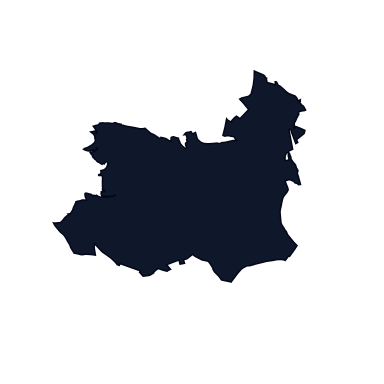 outline of Sincai, Mures, Romania, rotated 334°
{"feature_id": "2599482B3867982596225", "entity_name": "Sincai", "entity_type": "district", "adm_level": 2, "iso_a3": "ROU", "parent_name": "Romania", "parent_adm1": "Mures", "projection": "orthographic", "projection_center": [24.372, 46.658], "detail": "fine", "context": "isolated", "style": "filled", "palette": "ink", "viewbox_px": 384, "rotation_deg": 334, "n_neighbors": 0, "source": "geoboundaries", "source_scale": "gbopen_adm2", "svg_char_len": 6073}
<svg xmlns="http://www.w3.org/2000/svg" viewBox="0 0 384 384"><g transform="rotate(334 192 192)"><path d="M259.2,271.9L259.4,268.9L258.9,267.0L258.8,264.6L258.3,260.9L258.4,259.6L258.6,258.4L260.0,254.6L262.4,248.4L264.2,245.8L265.4,244.4L268.0,240.9L270.9,237.3L272.9,235.9L277.3,233.8L279.3,232.3L279.7,231.1L279.9,230.0L280.3,224.3L280.6,222.9L284.0,223.3L285.0,223.7L286.1,224.6L287.4,226.3L288.2,226.9L288.4,228.5L288.7,229.1L290.3,230.4L290.8,232.0L292.8,232.8L293.7,228.4L294.0,226.1L294.4,224.9L294.6,222.4L295.3,220.4L296.4,219.7L296.6,219.2L296.6,218.5L296.4,216.1L296.9,212.9L295.9,209.1L295.4,205.6L296.0,204.5L296.2,203.5L296.3,201.4L295.9,201.0L296.1,200.3L296.6,200.0L296.3,199.5L295.2,200.3L294.5,201.3L293.3,205.8L289.7,204.8L289.7,203.9L291.6,200.3L293.5,198.8L293.9,198.6L296.4,198.3L297.0,197.6L301.2,197.7L306.5,178.3L308.3,179.1L307.7,181.6L306.5,194.0L308.8,193.8L308.8,190.8L318.0,188.7L318.6,188.4L320.5,186.1L317.3,182.2L314.1,178.8L313.6,178.4L312.4,179.5L311.5,179.5L311.4,179.2L311.8,178.5L313.3,176.8L314.1,174.8L314.7,174.6L315.0,174.1L315.9,173.8L318.7,171.3L320.2,170.4L320.9,169.5L321.9,169.3L322.0,169.1L322.4,167.6L322.7,167.1L323.1,166.9L324.3,166.9L326.7,167.4L328.6,168.1L330.0,168.2L330.0,166.8L329.8,163.9L329.4,163.0L328.8,162.1L328.3,159.8L327.9,158.7L328.0,158.4L329.0,158.2L329.1,157.7L329.8,156.6L327.6,156.7L327.7,156.2L327.2,155.9L327.3,155.3L327.4,153.3L326.8,151.0L322.1,145.9L320.8,143.5L319.7,140.6L317.9,136.2L317.3,135.0L316.4,134.3L316.3,133.6L316.2,131.1L316.2,130.1L315.8,129.7L315.1,129.4L314.3,131.4L313.9,132.1L309.1,127.8L307.8,126.9L307.5,126.4L307.9,125.2L308.0,124.0L309.0,122.3L307.8,121.3L308.2,120.5L308.3,119.9L307.6,118.3L307.0,117.5L301.0,110.6L297.9,116.7L293.8,123.0L288.0,129.9L284.7,130.8L278.0,129.3L275.6,129.4L277.4,135.4L278.0,138.3L278.5,140.2L279.0,142.8L267.3,147.1L265.2,143.3L263.8,143.7L263.4,143.6L259.2,145.2L258.2,146.0L257.8,146.0L256.9,145.0L255.7,143.1L255.3,142.3L255.2,141.4L255.0,141.6L250.1,148.2L244.6,154.7L245.9,156.1L246.4,156.4L247.0,156.3L250.1,157.7L250.8,158.5L252.5,159.7L253.7,160.3L254.8,165.3L254.3,165.3L253.9,164.6L251.2,163.7L243.2,161.8L240.6,160.7L238.2,160.7L235.5,158.8L232.6,157.8L227.1,155.5L223.7,153.4L221.7,151.2L220.9,149.0L220.6,148.5L220.2,147.6L220.2,145.6L220.8,142.7L221.2,140.0L217.9,140.0L217.6,137.3L217.3,137.2L215.8,137.0L213.6,136.2L212.3,136.1L210.1,137.1L211.3,137.5L211.6,137.7L211.6,138.1L211.7,138.9L211.4,140.5L211.0,141.8L210.1,142.6L209.9,144.0L209.2,145.1L208.3,145.1L207.6,145.4L207.0,146.5L206.7,148.0L206.7,149.6L206.6,149.8L205.3,149.9L204.9,149.7L204.7,149.5L204.5,148.6L204.0,147.7L204.0,147.4L203.6,146.9L202.8,143.8L202.7,142.6L202.9,141.9L203.0,138.4L203.4,137.7L201.2,135.9L200.7,135.3L199.5,134.2L197.6,133.8L197.1,134.0L195.9,136.0L194.9,137.4L192.2,132.9L191.5,132.1L190.2,131.0L188.0,129.3L187.6,130.0L186.3,129.6L183.4,124.5L182.4,123.1L181.0,121.6L180.3,120.5L179.8,119.1L177.7,114.1L175.9,113.7L173.0,112.4L168.0,108.5L162.5,104.6L160.2,102.7L159.7,102.1L158.8,101.6L158.5,101.6L158.0,100.8L158.1,100.1L155.6,98.3L154.9,97.7L154.2,96.7L153.3,96.0L152.8,95.7L151.2,95.8L148.9,94.6L147.3,93.4L143.0,91.4L142.2,90.7L141.1,90.4L139.3,89.6L138.9,89.7L137.9,90.6L137.1,90.6L134.3,89.9L132.1,89.6L133.0,95.1L132.6,97.6L131.6,97.6L131.6,94.7L127.3,93.6L128.6,96.3L128.9,97.1L129.1,98.8L128.8,99.9L128.2,101.3L127.9,103.2L127.2,104.0L125.7,105.0L122.6,105.8L117.5,106.2L115.1,105.8L113.3,106.0L113.8,106.9L115.6,108.7L117.7,110.2L118.6,110.5L120.1,110.4L123.0,112.2L124.6,111.3L125.8,110.9L126.3,111.2L126.3,111.8L123.6,112.6L121.6,112.5L117.8,111.9L117.9,112.5L118.4,112.6L118.6,113.0L118.0,113.3L117.9,113.5L118.1,113.7L118.5,115.2L118.3,115.7L118.2,117.6L118.4,118.2L119.1,118.5L119.1,118.9L118.9,119.7L119.7,121.0L120.0,122.4L120.0,122.7L120.3,123.3L120.7,123.9L121.0,124.3L121.6,124.3L121.8,124.6L121.8,125.5L123.3,127.7L124.8,127.3L125.3,128.3L128.1,126.9L129.2,127.8L129.1,128.3L128.8,128.7L129.1,129.4L126.7,131.9L125.4,132.7L124.4,133.2L122.6,133.4L122.0,133.4L119.4,132.8L118.9,134.6L118.2,135.4L117.6,135.7L116.1,135.5L115.5,135.7L115.4,136.1L115.6,136.5L116.9,137.0L118.4,137.4L118.5,137.6L117.5,140.8L116.6,142.3L113.9,147.9L113.5,149.3L113.0,149.7L112.6,150.6L112.4,151.2L114.1,152.4L113.5,153.5L111.4,152.5L110.8,152.0L110.5,152.0L110.1,152.9L109.6,153.5L109.4,154.1L109.6,154.5L109.3,155.3L109.2,155.4L109.3,156.4L111.7,157.4L113.0,158.3L115.0,159.1L116.2,160.0L119.3,160.8L121.3,160.8L121.3,161.3L119.1,161.3L116.7,160.9L114.1,159.7L113.0,159.4L111.2,158.2L109.3,157.5L108.6,156.8L107.6,156.6L105.9,155.0L104.7,153.0L104.1,153.0L103.5,153.5L103.0,153.5L102.7,152.8L102.9,152.5L102.6,152.0L100.9,151.7L100.7,150.3L96.8,146.9L95.9,146.4L95.5,146.4L95.0,146.7L94.4,148.1L93.9,149.9L94.0,151.3L93.2,153.0L90.7,151.4L89.6,151.0L89.2,151.1L87.3,150.8L85.1,150.1L83.5,149.9L80.9,152.3L78.7,153.9L77.0,155.8L74.7,157.3L73.2,158.0L72.8,158.0L71.4,157.6L71.6,157.9L66.8,159.2L62.2,161.3L60.6,161.7L59.5,161.5L56.4,160.3L54.5,159.5L54.0,159.1L54.0,160.5L54.0,161.3L54.5,164.0L56.1,170.3L57.6,173.6L57.9,174.5L58.3,176.7L58.5,178.5L58.6,181.8L59.0,185.9L58.7,188.3L58.7,189.9L59.3,195.5L60.0,195.7L65.2,200.0L69.3,201.4L70.6,202.1L74.6,204.4L77.5,206.4L79.6,199.4L79.9,198.7L81.8,195.8L84.9,206.0L85.8,207.8L87.4,210.6L90.2,215.8L92.1,220.8L92.9,224.0L92.9,224.5L94.4,226.1L96.0,224.9L111.1,240.3L109.7,241.1L111.1,246.1L111.5,246.4L116.9,248.2L118.5,248.3L122.1,247.9L122.1,247.3L126.2,246.2L127.6,246.1L127.9,245.8L131.7,249.6L134.9,252.3L136.9,252.0L138.8,252.1L137.3,246.2L150.5,247.4L149.6,251.6L154.0,252.8L154.7,249.0L157.6,249.8L159.5,249.6L165.1,248.3L166.6,251.2L171.3,257.5L175.9,261.1L176.4,262.1L176.8,264.0L177.4,269.3L177.0,270.8L177.2,273.6L179.0,278.9L179.4,280.5L180.0,284.0L187.8,290.1L188.0,289.9L197.6,285.0L202.4,283.0L204.3,282.6L208.7,282.4L212.1,283.7L217.5,284.6L228.8,287.0L235.2,289.1L237.3,289.6L239.7,290.4L242.9,291.9L245.2,293.6L245.8,294.4L250.9,291.8L251.5,292.6L258.8,288.7L262.9,286.2L261.5,282.0L259.4,273.2L259.2,271.9Z" fill="#0f172a" stroke="#020617" stroke-width="1.5"/></g></svg>